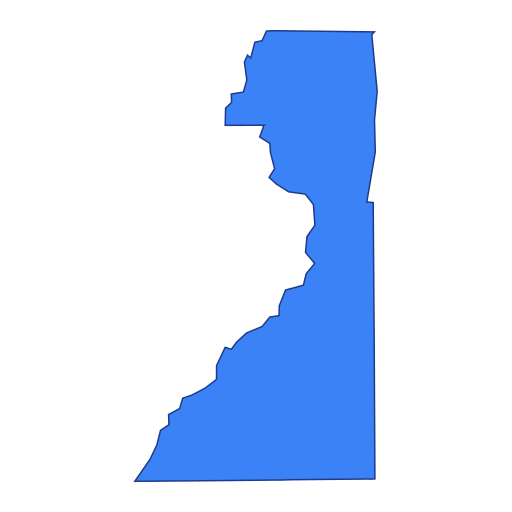 the district of Dunklin, Missouri, United States of America
{"feature_id": "52423323B2577811037468", "entity_name": "Dunklin", "entity_type": "district", "adm_level": 2, "iso_a3": "USA", "parent_name": "United States of America", "parent_adm1": "Missouri", "projection": "albers", "projection_center": [-90.156, 36.313], "detail": "fine", "context": "isolated", "style": "filled", "palette": "blue", "viewbox_px": 512, "rotation_deg": 0, "n_neighbors": 0, "source": "geoboundaries", "source_scale": "gbopen_adm2", "svg_char_len": 1067}
<svg xmlns="http://www.w3.org/2000/svg" viewBox="0 0 512 512"><path d="M242.9,336.3L236.6,342.1L231.3,349.3L225.2,347.3L216.6,365.5L216.5,379.4L205.0,388.2L191.8,395.1L182.7,398.2L179.6,408.6L168.6,414.5L168.9,424.7L160.5,430.4L156.9,444.9L150.1,459.2L134.8,481.3L140.0,481.2L155.0,481.2L156.8,481.1L183.8,480.9L185.8,480.9L260.5,480.2L278.5,480.0L279.1,480.1L292.0,479.7L367.3,479.0L371.5,479.1L373.9,478.9L374.6,478.9L374.9,478.9L374.2,342.9L373.2,202.5L366.8,202.0L375.3,151.9L374.5,119.9L377.2,91.3L371.8,34.7L374.3,31.9L272.4,30.7L266.4,31.1L262.1,40.7L254.9,42.2L250.7,58.0L247.5,55.2L244.4,62.0L246.8,80.0L243.4,92.1L231.3,94.0L231.6,102.4L225.6,108.1L225.2,125.3L227.1,125.3L240.4,125.3L264.1,125.2L263.0,126.0L263.3,127.1L259.7,137.0L260.2,137.3L269.9,143.5L270.4,152.2L274.6,168.7L269.1,177.4L276.3,184.0L288.6,191.8L305.2,194.1L313.4,204.4L314.9,225.2L307.0,236.5L305.5,252.4L314.7,263.4L306.2,273.7L303.4,285.2L285.6,290.0L279.3,305.7L279.0,315.7L269.9,317.0L262.1,326.5L246.7,332.9L242.9,336.3Z" fill="#3b82f6" stroke="#1e3a8a" stroke-width="1.5"/></svg>